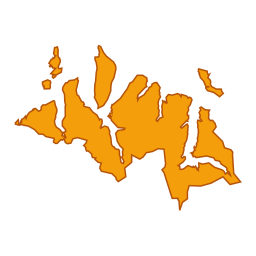 Loppa nor, Finnmark, Norway
{"feature_id": "86288312B40106717450016", "entity_name": "Loppa nor", "entity_type": "district", "adm_level": 2, "iso_a3": "NOR", "parent_name": "Norway", "parent_adm1": "Finnmark", "projection": "orthographic", "projection_center": [21.938, 70.216], "detail": "fine", "context": "isolated", "style": "filled", "palette": "amber", "viewbox_px": 256, "rotation_deg": 0, "n_neighbors": 0, "source": "geoboundaries", "source_scale": "gbopen_adm2", "svg_char_len": 5801}
<svg xmlns="http://www.w3.org/2000/svg" viewBox="0 0 256 256"><path d="M209.6,110.1L205.2,109.8L201.2,107.0L199.8,107.8L200.8,109.9L199.1,112.4L200.3,116.0L199.4,117.4L201.9,120.9L200.4,121.5L199.2,120.2L197.7,120.3L197.4,122.4L198.0,125.3L197.6,126.3L198.5,130.5L198.2,131.8L198.6,132.6L198.1,133.9L198.0,136.6L197.4,137.8L197.7,141.3L196.3,144.1L196.7,144.8L195.8,147.5L195.0,148.0L194.3,146.8L194.0,147.8L194.9,150.0L194.4,149.9L193.8,151.8L191.0,153.0L192.9,154.0L192.2,154.7L193.3,156.8L195.0,156.3L196.2,157.6L206.6,156.0L213.7,157.8L215.2,160.3L219.6,161.2L221.1,164.0L226.1,167.3L227.0,168.6L226.8,169.6L227.1,170.7L229.3,172.3L230.4,175.3L227.1,172.6L225.3,174.0L224.1,171.5L222.4,170.0L214.6,167.3L208.9,162.9L202.7,164.1L198.8,163.0L198.9,167.4L198.0,167.9L198.3,170.4L197.0,169.4L195.6,166.1L194.2,167.4L193.2,166.4L192.7,167.3L187.9,165.6L183.5,169.0L180.3,169.5L179.7,168.3L179.8,166.3L178.1,165.5L183.2,161.9L185.4,159.0L185.2,156.9L183.9,156.5L182.5,158.1L181.5,157.7L181.2,156.4L182.9,154.1L184.0,149.4L183.7,147.8L184.7,146.0L184.9,145.1L184.4,144.5L184.9,143.7L184.6,143.6L186.3,141.0L187.0,138.4L187.8,133.4L187.3,132.3L187.7,131.3L188.1,125.9L187.1,124.0L181.8,128.1L180.5,127.0L186.2,121.0L187.8,121.3L187.4,120.0L188.6,118.5L188.6,115.5L187.3,115.2L187.3,112.7L188.6,110.1L188.3,107.1L190.2,104.9L192.0,99.7L190.7,97.6L188.9,97.2L188.1,98.1L186.7,96.1L181.4,94.4L181.0,96.6L179.3,94.3L177.6,93.6L172.2,95.2L168.5,94.5L166.2,97.2L166.5,101.2L166.9,101.7L167.1,102.9L166.8,101.8L165.7,102.3L165.0,102.2L166.6,102.8L166.6,103.1L165.1,102.6L164.9,102.1L165.4,101.9L164.5,101.2L163.5,101.8L162.3,100.0L163.0,102.4L161.8,106.2L162.2,109.5L161.9,112.3L162.8,117.1L159.7,118.2L157.5,121.4L156.3,120.5L156.6,119.7L156.3,119.3L159.1,115.3L158.7,114.5L159.1,110.1L158.1,108.3L158.6,106.7L158.1,103.6L158.6,100.3L160.5,96.8L159.5,94.3L159.9,92.9L159.1,91.2L160.1,87.6L156.8,82.5L154.5,82.7L152.0,84.1L151.9,85.3L150.8,86.8L149.2,87.3L148.0,90.1L146.7,90.9L144.2,94.7L139.1,97.8L137.8,100.1L137.7,98.0L137.2,97.8L137.9,96.3L137.7,95.3L145.2,87.4L146.8,86.7L146.0,84.7L146.7,81.5L147.2,81.2L146.8,77.9L142.6,75.3L137.2,75.3L132.5,81.8L129.8,83.2L127.4,88.5L120.4,98.4L113.0,104.6L112.1,104.5L111.1,108.1L112.2,109.8L111.1,111.0L112.0,111.9L112.1,113.2L109.9,113.2L109.8,115.0L110.6,115.7L109.0,115.1L108.0,116.3L109.1,117.1L110.0,116.4L109.8,117.4L111.0,116.8L110.2,118.0L111.4,119.2L111.2,120.0L111.7,120.7L118.0,127.5L124.9,128.2L124.5,129.5L117.9,130.5L115.7,133.4L117.3,141.4L120.1,146.1L122.9,148.5L123.0,150.6L122.4,152.0L122.9,155.4L121.8,157.2L123.9,161.3L123.4,163.5L121.2,162.6L120.4,159.4L120.5,157.6L119.5,154.9L119.4,150.7L118.6,149.5L115.0,148.7L114.5,147.1L112.9,146.6L111.5,144.5L110.8,137.4L109.5,133.8L109.7,131.2L107.9,127.1L104.6,126.1L100.6,128.2L100.3,127.8L101.2,126.8L100.9,126.4L102.1,123.2L102.2,121.2L101.7,119.3L100.0,119.0L99.5,119.9L97.0,115.1L92.7,112.0L89.4,107.7L84.0,106.4L83.6,105.7L83.9,104.8L83.2,104.9L84.3,104.4L83.4,102.2L81.6,101.6L78.5,95.7L77.1,94.9L76.1,90.3L78.4,80.7L77.7,79.5L77.6,77.9L74.5,79.9L69.2,80.6L67.4,82.7L65.6,82.9L63.0,87.0L62.5,89.7L64.5,94.4L64.8,101.6L65.7,105.6L65.2,106.1L65.3,116.3L62.4,120.9L62.3,125.9L65.4,129.5L65.8,131.5L63.5,132.4L65.9,137.5L65.2,138.2L63.6,136.0L61.9,135.7L62.7,133.1L59.3,129.1L56.6,127.4L55.1,124.9L54.4,121.0L55.7,117.5L55.6,115.5L56.9,111.4L56.9,109.4L55.3,105.2L54.5,101.1L53.5,100.7L45.6,104.9L42.7,105.0L41.3,106.8L41.0,110.0L38.7,111.3L35.4,108.4L33.6,108.9L32.9,109.5L33.5,109.9L29.4,112.4L26.9,115.8L26.1,118.4L25.4,116.2L23.6,118.5L21.7,119.3L21.5,122.1L20.9,121.3L20.2,123.9L18.9,123.7L18.3,119.8L15.4,122.9L15.4,124.1L19.0,125.2L21.1,124.6L28.6,126.2L34.3,129.4L38.8,134.1L43.0,134.2L45.7,136.5L54.1,138.4L54.3,139.7L53.5,140.9L53.6,142.2L55.5,143.4L57.2,143.4L60.7,139.8L62.6,140.1L63.4,139.0L64.4,139.8L65.4,142.5L67.5,143.7L70.8,143.2L72.9,138.8L77.5,137.6L86.9,140.3L86.2,142.8L83.7,145.5L85.7,147.4L85.6,148.8L86.6,151.1L88.1,150.9L91.4,153.7L92.4,157.5L95.8,158.0L94.9,159.3L98.1,162.3L101.3,163.0L100.0,166.8L99.9,168.4L101.4,171.2L112.0,173.7L115.8,177.3L116.3,179.5L118.3,181.6L125.8,176.7L124.7,168.1L131.6,162.4L131.7,154.9L139.7,159.1L143.1,157.0L146.3,152.7L152.5,151.5L158.1,148.7L164.0,149.2L165.6,163.9L164.9,167.1L162.0,169.8L164.1,172.9L172.2,198.4L177.8,198.3L177.9,199.4L179.0,201.0L179.7,210.3L182.5,202.3L187.4,198.8L187.4,191.7L189.2,185.6L200.8,186.0L210.9,183.2L223.0,176.8L230.0,184.5L240.6,181.9L233.7,173.4L232.5,154.7L232.7,152.1L230.9,149.8L224.5,147.7L222.5,141.4L212.7,131.7L216.1,126.9L215.1,123.5L212.6,120.3L210.4,120.6L208.5,118.3L208.9,114.1L208.5,112.1L209.6,110.1ZM98.0,108.3L103.5,105.5L107.5,99.4L110.7,91.0L110.9,86.2L111.5,82.5L114.0,77.6L115.9,69.0L115.6,65.7L113.6,62.1L106.3,56.1L103.7,52.8L100.6,46.5L98.8,45.7L98.2,46.6L98.2,48.4L99.0,49.4L98.9,50.9L99.7,52.2L99.0,53.7L99.1,55.9L98.5,56.9L95.0,57.1L95.0,59.6L96.2,62.4L97.1,67.8L96.2,73.1L95.6,81.0L94.8,85.1L94.6,90.5L95.0,95.5L94.4,97.2L98.3,105.1L98.0,108.3ZM223.3,93.3L221.9,91.7L221.2,89.1L216.3,89.1L211.6,86.6L210.3,84.1L210.7,82.3L210.4,80.3L207.8,77.7L209.4,74.3L208.3,75.0L207.1,72.1L207.2,71.2L198.6,68.9L198.3,71.5L199.5,72.9L199.0,73.5L200.5,77.7L203.6,81.1L205.9,86.6L209.5,86.8L206.0,87.1L205.7,88.0L207.5,90.6L213.9,92.5L219.6,96.7L223.3,93.3ZM59.7,58.3L58.5,57.3L58.0,55.6L58.1,49.8L57.4,46.9L54.6,47.7L53.6,53.5L54.8,55.8L55.6,55.9L53.9,58.1L53.1,57.7L53.0,58.7L51.3,59.3L48.9,63.2L51.2,65.4L49.5,66.1L49.8,66.7L52.3,66.6L52.7,67.9L55.5,68.4L50.7,73.7L54.4,74.7L52.6,75.8L52.4,77.1L53.4,78.1L55.7,76.4L56.1,75.0L61.2,72.3L61.9,68.2L58.8,68.6L58.1,67.0L60.2,62.0L60.3,60.0L59.6,59.2L59.7,58.3ZM50.4,81.1L47.6,79.9L42.6,81.9L42.4,83.5L43.4,86.7L44.1,86.4L44.2,88.9L49.8,88.7L50.4,87.3L50.1,85.2L50.7,82.6L50.4,81.1Z" fill="#f59e0b" stroke="#b45309" stroke-width="1.5"/></svg>